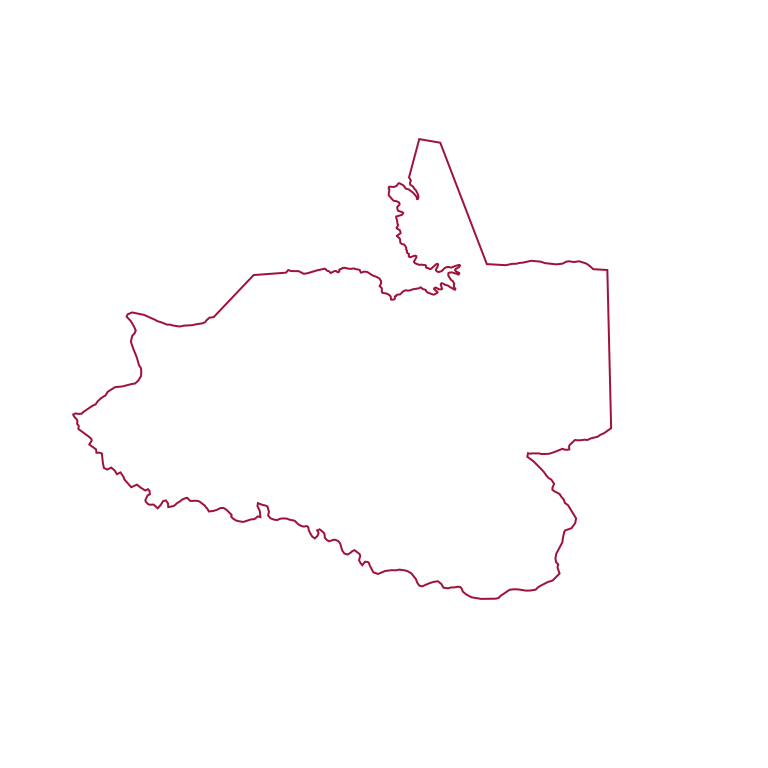 outline of San Miguel Suchixtepec, Oaxaca, Mexico, rotated 124°
{"feature_id": "50627088B50710705536412", "entity_name": "San Miguel Suchixtepec", "entity_type": "district", "adm_level": 2, "iso_a3": "MEX", "parent_name": "Mexico", "parent_adm1": "Oaxaca", "projection": "natural_earth1", "projection_center": [-96.466, 16.079], "detail": "fine", "context": "isolated", "style": "outline", "palette": "rose", "viewbox_px": 768, "rotation_deg": 124, "n_neighbors": 0, "source": "geoboundaries", "source_scale": "gbopen_adm2", "svg_char_len": 6166}
<svg xmlns="http://www.w3.org/2000/svg" viewBox="0 0 768 768"><g transform="rotate(124 384 384)"><path d="M513.5,212.1L510.9,209.6L509.7,207.5L510.1,205.4L512.0,202.6L512.5,198.5L511.9,192.2L507.9,183.4L499.7,171.6L497.5,169.4L494.5,168.9L484.3,164.8L481.3,161.2L479.1,157.6L475.9,150.7L473.3,147.1L469.6,143.2L467.0,142.8L463.9,141.5L456.5,137.4L452.6,134.3L442.9,132.5L439.2,137.5L436.1,138.7L435.5,141.6L432.7,144.4L428.2,146.3L415.5,147.6L411.8,149.5L405.8,151.9L404.0,151.9L398.7,147.9L392.4,147.7L388.0,149.6L381.6,163.6L381.4,167.5L379.2,170.6L378.4,173.7L377.0,177.0L377.7,182.9L377.5,185.3L375.6,186.4L371.7,187.1L369.7,191.8L369.9,194.9L369.3,197.7L367.7,201.7L366.7,205.7L364.5,216.7L364.2,224.5L360.9,225.9L360.0,223.8L358.4,222.0L354.6,216.2L354.1,214.4L350.4,209.2L348.8,207.5L344.3,204.1L337.9,199.8L337.3,197.3L336.0,195.2L334.6,193.8L332.1,195.8L330.4,195.9L323.7,194.4L321.6,190.7L318.0,186.5L316.6,184.0L313.4,182.1L308.2,177.4L305.1,176.2L301.8,174.1L293.6,171.0L164.6,262.6L171.8,274.7L171.1,279.4L171.0,283.6L173.1,290.8L176.7,294.8L179.0,299.6L180.9,301.4L184.5,303.4L188.4,308.0L193.8,318.2L194.9,322.4L199.5,330.8L205.8,336.8L208.2,339.8L210.0,341.2L213.1,345.4L217.3,349.3L227.1,365.8L152.5,472.3L161.3,491.7L198.7,478.8L200.3,475.5L203.1,474.8L204.1,473.7L204.1,470.6L204.4,469.4L205.1,468.5L205.5,466.0L207.9,461.7L209.8,459.9L211.8,459.4L212.2,460.0L210.5,461.9L209.1,467.1L208.9,472.5L209.9,475.4L208.5,478.7L208.9,483.3L209.2,483.9L210.1,484.3L212.2,484.3L214.0,485.0L215.4,486.4L217.2,489.6L217.7,490.0L218.8,489.8L219.4,489.4L219.7,488.3L223.6,486.5L224.7,485.7L225.2,484.7L226.6,479.3L226.6,478.1L225.5,476.0L225.1,473.0L225.8,471.9L226.7,471.5L230.0,472.0L232.0,470.1L232.5,469.1L231.3,464.9L231.4,463.8L233.1,463.5L234.2,464.1L238.3,467.5L239.2,467.0L241.0,464.8L243.8,462.2L244.3,461.1L247.2,461.0L247.8,460.6L247.7,456.8L249.1,455.0L249.9,454.6L253.9,456.2L254.2,455.8L254.5,453.0L255.0,451.6L257.4,449.8L257.9,449.1L257.9,447.1L257.1,445.4L258.0,442.8L258.5,441.9L260.1,440.8L260.5,439.6L262.0,438.7L262.4,437.8L262.3,436.0L264.4,434.8L264.4,433.7L264.1,433.0L260.3,430.2L259.9,428.7L260.8,428.0L265.8,427.6L266.4,426.6L266.5,425.7L265.6,421.6L264.1,419.7L262.3,416.0L262.7,415.0L263.6,414.6L263.9,413.7L263.3,412.5L263.1,410.1L262.4,409.5L255.4,407.7L254.4,406.8L254.6,406.1L256.7,405.2L260.2,405.0L260.7,404.5L261.0,403.3L260.8,401.5L258.3,399.4L253.9,398.5L252.2,397.5L250.8,395.8L249.9,393.3L246.4,391.0L243.2,388.3L243.1,387.8L243.2,387.3L244.9,387.1L248.5,388.9L249.8,388.8L250.2,388.4L250.3,386.5L249.9,384.0L250.1,383.4L251.3,383.3L251.8,383.7L251.8,384.6L253.6,390.4L255.5,392.4L256.0,392.6L256.8,392.3L258.3,391.1L260.1,387.0L260.3,384.3L261.6,381.8L262.8,381.6L264.1,380.5L264.7,379.7L265.1,378.1L266.0,377.8L266.4,378.6L266.5,382.1L266.8,382.9L266.6,385.9L267.6,388.8L267.6,390.5L268.2,392.6L269.3,392.8L270.0,392.5L272.6,389.0L273.4,389.3L274.8,391.4L275.0,394.8L276.0,395.8L277.2,395.7L277.7,393.0L277.6,391.4L278.0,390.9L278.8,390.9L281.7,392.4L282.3,393.0L283.7,398.7L283.8,400.1L282.8,401.9L282.8,402.8L283.6,404.8L283.3,407.6L285.4,408.8L289.0,412.7L292.4,415.3L293.3,416.5L294.0,418.2L296.0,419.8L300.7,420.8L303.0,423.4L304.2,423.1L305.3,423.9L307.4,422.7L308.4,423.0L309.9,424.9L310.0,425.5L308.0,427.1L307.3,428.5L307.4,431.9L309.1,435.8L309.1,436.9L308.5,437.6L306.2,439.0L305.7,439.8L305.3,442.4L302.3,442.6L300.3,444.0L299.1,446.8L299.4,450.2L300.4,454.3L300.5,460.6L302.0,463.4L304.5,465.2L304.4,466.0L303.1,467.7L303.2,468.6L304.7,472.0L304.9,473.4L306.8,475.5L308.5,478.3L309.4,481.2L311.0,483.3L311.9,483.4L313.7,484.8L314.6,484.9L315.4,484.1L316.7,484.2L317.3,485.2L317.1,486.9L318.2,488.3L321.8,490.2L321.3,492.6L321.9,494.6L321.4,497.4L326.8,502.7L335.0,509.4L337.5,512.1L338.2,517.9L342.3,524.1L343.1,527.1L346.5,527.5L366.6,553.0L423.8,562.6L426.6,565.8L430.9,566.9L432.6,566.8L435.0,568.2L438.9,572.5L442.5,575.9L447.5,582.5L450.6,585.5L453.5,591.6L454.4,594.6L456.0,596.8L457.6,603.9L458.7,607.2L458.8,609.7L460.9,621.6L465.5,632.8L469.6,635.5L472.1,635.0L473.5,629.0L476.1,623.5L478.5,619.7L481.5,619.1L484.8,619.7L490.5,617.5L494.7,612.0L500.2,603.8L505.5,597.5L506.8,594.3L509.1,592.4L513.2,589.9L518.4,589.6L522.9,590.7L524.8,592.9L532.3,599.5L537.0,605.2L544.9,608.7L549.1,608.5L553.8,610.6L558.5,611.7L562.2,611.7L565.0,613.5L575.2,617.6L577.6,618.0L579.4,620.2L580.9,623.3L583.1,624.6L584.3,622.7L585.0,619.4L586.1,617.4L588.6,616.2L589.4,613.6L592.2,612.3L592.7,599.5L593.2,595.8L594.4,594.7L599.0,594.5L599.2,586.3L601.8,583.9L600.1,581.6L599.4,579.0L606.6,573.0L610.2,569.3L609.7,565.6L605.8,563.4L606.3,559.1L608.1,554.9L604.7,553.1L606.8,547.8L608.3,545.9L610.9,535.8L605.6,532.6L606.0,527.8L605.8,522.3L603.2,520.9L603.8,518.6L606.3,516.4L608.6,517.7L613.7,516.9L614.7,515.9L615.5,512.7L615.1,510.7L612.8,507.6L613.6,502.1L609.3,501.5L604.5,501.6L602.5,499.7L603.8,496.3L606.7,494.0L602.9,490.3L601.3,489.6L598.3,488.9L595.7,487.6L592.7,486.7L589.6,484.7L588.4,483.4L589.3,479.4L585.6,474.0L584.6,471.4L585.0,464.5L585.6,463.4L586.2,460.7L587.6,457.9L584.7,454.5L581.5,452.0L578.3,450.2L576.5,447.8L576.4,444.1L577.7,437.2L579.4,436.5L580.0,433.9L579.9,430.4L578.7,427.0L577.0,423.5L570.6,418.5L568.4,415.8L564.3,414.6L563.5,412.0L558.7,416.0L556.0,420.6L553.3,421.9L552.1,416.8L551.1,414.6L550.7,412.2L554.3,407.9L557.8,406.6L558.8,403.0L557.9,399.2L556.4,396.3L553.9,394.9L551.8,392.4L549.9,389.2L549.4,386.7L547.3,381.6L548.3,376.4L547.9,373.0L547.1,370.8L545.0,368.6L544.9,366.9L547.1,364.8L548.8,362.1L550.6,358.2L550.7,355.0L547.0,354.2L544.1,354.9L542.7,357.5L540.5,356.1L540.9,351.2L541.6,349.5L544.6,347.0L545.3,344.2L545.1,341.5L541.4,338.8L540.3,337.1L539.8,333.8L540.8,331.1L545.5,325.4L546.7,322.0L545.8,318.9L542.8,317.4L540.3,316.8L538.3,315.6L538.6,309.1L539.9,307.5L544.0,306.2L545.5,303.5L546.4,300.7L541.9,300.3L540.7,298.0L540.7,296.6L542.4,294.4L546.1,287.5L544.8,282.7L538.3,278.4L534.2,273.7L531.7,269.8L529.4,267.6L527.1,263.1L526.0,259.8L525.7,255.4L527.9,248.5L530.3,245.0L531.4,242.0L530.4,239.2L523.5,234.8L519.9,231.8L517.4,229.0L517.7,224.7L519.6,220.8L517.7,216.9L514.7,214.1L513.5,212.1Z" fill="none" stroke="#9f1239" stroke-width="2"/></g></svg>